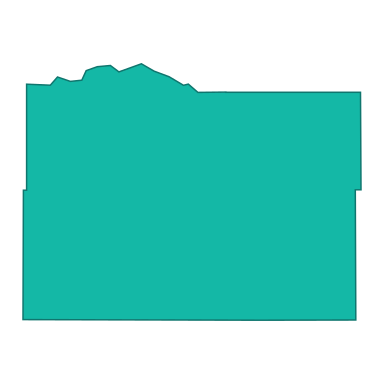 outline of Wheatland, Montana, United States of America
{"feature_id": "52423323B53339114724210", "entity_name": "Wheatland", "entity_type": "district", "adm_level": 2, "iso_a3": "USA", "parent_name": "United States of America", "parent_adm1": "Montana", "projection": "natural_earth1", "projection_center": [-109.939, 46.486], "detail": "fine", "context": "isolated", "style": "filled", "palette": "teal", "viewbox_px": 384, "rotation_deg": 0, "n_neighbors": 0, "source": "geoboundaries", "source_scale": "gbopen_adm2", "svg_char_len": 414}
<svg xmlns="http://www.w3.org/2000/svg" viewBox="0 0 384 384"><path d="M26.6,84.2L26.6,190.2L23.4,190.2L23.0,319.6L260.8,320.2L355.8,320.0L355.3,189.8L361.0,189.8L360.5,92.3L225.9,92.3L225.9,92.1L197.9,92.4L188.3,84.1L183.5,85.3L169.2,76.8L154.0,71.1L141.4,63.8L118.9,71.9L110.4,65.5L97.3,66.7L86.2,70.6L81.8,80.2L70.4,81.4L57.5,77.0L50.3,85.2L26.6,84.2Z" fill="#14b8a6" stroke="#0f766e" stroke-width="1.5"/></svg>